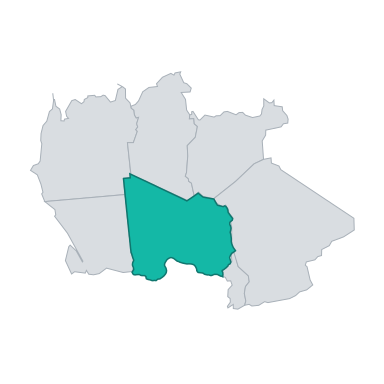 Libya shown with its bordering countries, rotated 175°
{"feature_id": "LBY", "entity_name": "Libya", "entity_type": "country or territory", "adm_level": 0, "iso_a3": "LBY", "parent_name": "Africa", "parent_adm1": "", "projection": "natural_earth1", "projection_center": [17.634, 26.339], "detail": "fine", "context": "with_neighbors", "style": "filled", "palette": "teal", "viewbox_px": 384, "rotation_deg": 175, "n_neighbors": 6, "source": "natural_earth", "source_scale": "50m", "svg_char_len": 6751}
<svg xmlns="http://www.w3.org/2000/svg" viewBox="0 0 384 384"><g transform="rotate(175 192 192)"><path d="M257.0,306.2L251.7,302.7L249.3,300.4L250.0,291.2L246.0,286.2L245.2,280.8L242.7,278.5L242.6,273.8L241.1,270.7L238.7,271.1L241.2,264.8L240.4,261.5L242.6,259.0L241.2,257.2L246.1,246.3L252.0,246.8L251.4,211.5L259.2,211.4L259.0,195.3L339.5,195.3L341.9,203.2L340.5,204.7L341.8,213.0L344.6,222.6L351.0,227.6L347.7,232.2L342.7,233.5L340.6,236.0L337.4,253.2L338.2,256.4L337.3,263.3L334.6,271.2L330.5,275.2L327.0,284.6L323.8,286.9L321.9,295.3L322.1,302.5L321.9,296.3L320.9,296.1L320.1,289.3L316.6,286.2L315.6,280.4L316.4,274.4L313.2,273.9L312.7,275.7L308.6,276.1L310.3,278.4L310.9,283.3L303.8,293.5L300.3,294.3L294.4,289.6L291.8,291.3L291.2,293.6L287.6,295.1L287.4,296.8L280.5,296.8L279.5,295.1L274.6,294.9L272.1,296.2L270.2,295.6L265.4,288.7L260.4,289.8L256.8,300.7L252.3,303.0L257.0,306.2Z" fill="#d9dde1" stroke="#a8b0b8" stroke-width="1"/><path d="M251.3,214.8L252.0,246.8L246.1,246.3L241.2,257.2L242.6,259.0L240.4,261.5L241.2,264.8L238.7,271.1L241.1,270.7L242.6,273.8L242.7,278.5L245.2,280.8L245.2,282.8L240.8,284.1L237.3,287.4L232.3,296.2L225.8,299.9L217.2,300.1L217.9,303.0L211.4,308.9L202.7,312.0L199.8,310.0L198.5,312.1L192.8,312.7L193.9,310.5L190.7,301.6L187.7,300.3L183.7,295.6L185.2,291.8L194.1,292.1L190.4,284.8L190.2,274.1L187.5,269.0L188.2,265.2L183.8,265.0L183.8,259.8L180.9,256.8L184.0,246.2L192.7,238.6L193.1,228.2L195.8,211.8L197.3,208.3L194.5,205.6L194.4,203.0L191.8,200.9L190.2,188.3L197.1,183.9L251.3,214.8Z" fill="#d9dde1" stroke="#a8b0b8" stroke-width="1"/><path d="M190.2,188.3L191.8,200.9L194.4,203.0L194.5,205.6L197.3,208.3L195.8,211.8L193.1,228.2L192.7,238.6L184.0,246.2L180.9,256.8L183.8,259.8L183.8,265.0L188.2,265.2L187.5,269.0L185.5,269.4L185.3,272.0L184.0,272.2L179.4,263.4L177.8,263.0L172.4,267.5L163.4,264.7L161.4,265.8L157.3,265.6L153.2,269.0L149.7,269.2L141.4,265.1L138.2,267.0L134.6,266.9L132.1,263.9L125.2,260.9L117.8,261.8L116.0,263.6L115.0,268.2L113.0,271.4L112.4,278.6L107.2,274.0L104.7,274.0L102.4,276.4L102.6,270.9L94.7,269.0L94.6,265.1L90.8,259.9L89.9,256.2L90.6,252.3L95.0,252.0L97.6,249.1L113.1,247.2L113.7,242.2L117.6,236.8L117.9,218.3L127.6,214.7L147.6,198.8L171.0,183.4L181.7,186.9L185.4,191.3L190.2,188.3Z" fill="#d9dde1" stroke="#a8b0b8" stroke-width="1"/><path d="M155.0,128.2L152.5,113.7L143.2,103.6L142.8,97.6L147.0,93.1L148.7,86.4L147.9,78.7L149.4,74.6L156.5,71.3L161.0,72.3L160.7,76.4L166.3,73.4L166.7,75.0L163.4,78.9L163.3,82.6L165.5,84.6L164.5,91.6L160.1,95.7L161.2,100.1L164.6,100.2L166.2,104.0L168.7,105.3L168.2,111.5L158.3,119.5L158.3,126.3L155.0,128.2Z" fill="#d9dde1" stroke="#a8b0b8" stroke-width="1"/><path d="M33.0,151.7L33.7,140.0L44.9,134.1L57.1,130.7L59.9,126.6L67.8,123.4L68.5,117.4L72.3,116.7L75.5,113.7L84.2,112.4L85.5,109.2L83.9,107.5L82.0,94.1L79.8,88.9L86.3,84.5L93.5,83.1L97.8,79.8L104.1,77.3L126.0,75.2L129.2,76.4L135.4,73.3L142.3,73.2L144.9,75.1L149.4,74.6L147.9,78.7L148.7,86.4L147.0,93.1L142.8,97.6L143.2,103.6L152.5,113.7L157.0,135.3L155.5,153.8L156.0,158.9L153.2,162.2L157.1,168.1L157.3,171.6L159.6,176.1L162.8,174.6L168.1,178.4L171.0,183.4L147.6,198.8L127.6,214.7L117.9,218.3L110.3,219.1L110.4,213.9L103.1,210.3L101.6,206.5L33.0,151.7Z" fill="#d9dde1" stroke="#a8b0b8" stroke-width="1"/><path d="M339.5,195.3L259.0,195.3L258.1,136.8L256.0,130.3L257.6,125.3L256.5,121.9L258.8,118.0L267.6,117.8L283.8,123.6L291.5,118.8L297.3,118.1L302.0,119.1L304.0,123.1L305.4,120.5L315.9,122.8L319.1,120.8L324.1,134.7L319.5,148.3L318.0,149.7L312.5,143.5L307.3,131.9L306.7,132.6L319.7,161.9L331.0,179.8L329.7,181.2L330.1,186.4L339.5,195.3Z" fill="#d9dde1" stroke="#a8b0b8" stroke-width="1"/><path d="M155.2,128.8L156.0,128.4L157.1,127.9L157.7,127.5L158.0,127.2L158.9,126.0L159.3,125.3L159.9,124.3L160.2,123.7L160.2,123.1L160.1,122.3L159.7,120.6L159.4,118.8L159.7,118.2L159.9,117.8L160.5,117.0L160.7,116.9L161.8,116.6L162.3,116.1L162.6,115.4L162.7,115.1L163.2,114.7L163.8,114.3L164.2,113.8L165.4,113.1L166.4,112.4L167.7,111.7L168.7,111.2L168.9,110.7L168.9,110.3L168.4,109.3L168.4,108.2L168.4,107.2L168.5,106.7L168.8,105.2L168.8,104.9L169.8,105.5L170.8,105.7L173.8,107.6L174.8,107.8L177.0,108.0L179.5,107.2L180.5,107.1L182.1,107.8L182.8,108.0L184.1,108.1L186.2,108.8L186.7,109.0L187.9,110.0L188.5,110.4L192.9,111.3L193.5,112.0L194.1,113.2L194.1,114.7L194.4,115.8L195.0,117.3L195.6,118.3L196.3,119.1L197.2,119.7L199.1,120.4L201.2,120.7L203.4,120.8L207.2,121.9L210.4,123.2L211.2,123.8L212.8,124.4L215.9,127.3L217.7,128.3L219.0,128.5L220.1,128.3L222.1,127.3L222.9,126.7L224.8,124.2L225.5,122.9L225.7,121.9L225.7,121.0L225.4,120.1L224.9,119.3L224.5,118.1L224.2,116.0L224.5,114.5L224.9,113.6L225.5,112.7L227.1,111.0L228.8,109.8L231.6,108.2L233.3,108.2L234.0,108.0L235.4,106.9L236.0,106.9L236.7,107.2L239.0,107.1L240.0,107.4L241.3,108.1L242.8,108.5L243.9,108.9L245.0,109.5L245.3,110.9L245.2,111.3L245.2,111.8L246.4,112.8L249.7,113.2L250.4,113.5L251.3,114.2L251.9,114.4L254.3,114.5L255.6,114.4L256.9,114.6L257.4,114.9L257.9,115.4L258.5,116.8L258.7,117.3L258.5,117.5L258.1,118.0L257.9,118.4L257.3,119.1L256.8,119.9L256.9,121.0L257.0,122.1L257.4,123.2L257.7,124.4L257.6,125.2L257.4,126.2L257.1,127.0L256.1,128.6L256.0,129.0L256.1,129.6L256.7,131.6L256.8,132.2L257.2,134.1L257.5,135.7L257.9,136.9L258.0,137.3L258.0,139.1L258.1,140.9L258.1,142.7L258.1,144.5L258.1,146.4L258.2,148.2L258.2,150.0L258.2,151.8L258.3,153.6L258.3,155.4L258.3,157.2L258.4,159.1L258.4,160.9L258.4,162.7L258.4,164.5L258.5,166.3L258.5,168.1L258.5,170.0L258.6,171.8L258.6,173.6L258.6,175.4L258.6,177.2L258.7,179.0L258.7,180.8L258.7,182.7L258.7,184.5L258.8,186.3L258.8,188.1L258.8,189.9L258.8,191.7L258.9,193.5L258.9,195.3L258.9,199.4L259.0,203.4L259.0,207.4L259.1,211.4L259.0,211.5L257.3,211.5L255.6,211.5L254.0,211.5L252.3,211.5L252.3,212.5L252.3,213.5L252.3,214.5L252.3,215.5L249.0,213.6L245.8,211.7L242.5,209.8L239.2,207.9L235.9,206.0L232.7,204.1L229.4,202.2L226.1,200.2L222.9,198.3L219.6,196.4L216.4,194.5L213.1,192.6L209.9,190.7L206.6,188.8L203.4,186.9L200.2,185.0L197.9,183.6L195.5,184.9L193.6,185.9L191.1,187.3L188.2,189.0L186.0,190.3L185.9,190.3L183.6,188.0L181.8,186.3L181.0,185.8L177.6,184.9L174.3,184.0L170.8,183.1L170.2,181.6L169.5,180.0L168.5,178.0L167.9,176.8L167.8,176.6L165.1,175.7L162.2,174.7L160.6,175.3L160.3,175.2L159.8,174.9L159.3,174.4L159.1,173.7L158.4,172.8L157.9,170.7L157.8,169.0L157.7,168.4L156.3,166.0L155.0,163.9L154.1,162.5L153.9,161.8L154.1,161.0L154.4,160.3L155.7,159.5L156.9,158.5L157.1,157.9L157.2,156.1L156.8,155.6L156.6,154.6L156.3,153.1L156.3,152.2L156.8,150.4L157.5,148.6L157.1,146.5L156.9,142.3L157.2,139.0L157.0,137.8L157.0,137.3L156.6,135.8L156.1,134.2L155.9,133.6L155.3,132.3L154.3,130.7L153.8,129.7L154.6,129.2L155.2,128.8Z" fill="#14b8a6" stroke="#0f766e" stroke-width="1.5"/></g></svg>